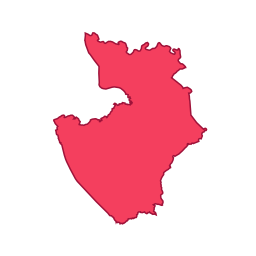 Mamprugu Moagduri, Northern, Ghana (Robinson projection), rotated 291°
{"feature_id": "2480657B18075285363234", "entity_name": "Mamprugu Moagduri", "entity_type": "district", "adm_level": 2, "iso_a3": "GHA", "parent_name": "Ghana", "parent_adm1": "Northern", "projection": "robinson", "projection_center": [-1.366, 10.258], "detail": "fine", "context": "isolated", "style": "filled", "palette": "rose", "viewbox_px": 256, "rotation_deg": 291, "n_neighbors": 0, "source": "geoboundaries", "source_scale": "gbopen_adm2", "svg_char_len": 5874}
<svg xmlns="http://www.w3.org/2000/svg" viewBox="0 0 256 256"><g transform="rotate(291 128 128)"><path d="M57.0,185.4L58.5,184.4L59.2,183.1L59.3,181.8L61.8,181.5L62.9,180.9L64.2,181.2L65.1,181.1L65.4,180.7L65.2,179.6L65.4,179.1L67.1,180.7L67.4,183.1L67.8,184.0L67.8,186.8L68.0,187.5L68.5,187.8L69.4,187.1L70.6,187.5L72.3,186.8L73.6,184.8L74.4,183.8L76.6,182.7L77.2,182.6L79.2,183.8L80.0,183.7L81.2,182.9L82.6,181.3L84.4,180.8L85.2,179.8L86.7,179.4L87.6,178.5L89.2,178.3L90.0,177.5L90.6,177.2L93.4,177.2L95.9,177.6L97.2,178.0L99.2,177.3L102.1,179.0L103.8,180.4L105.2,181.0L106.2,181.9L106.8,181.1L107.1,181.4L107.5,181.2L107.8,180.3L109.7,180.6L111.2,181.3L114.2,181.5L116.5,181.1L116.9,180.3L117.1,180.1L118.0,180.1L118.4,180.3L118.7,181.0L118.4,181.9L122.1,184.9L126.3,187.0L130.5,188.7L131.2,189.2L133.5,189.9L134.0,189.2L134.6,189.2L134.9,189.5L135.0,190.0L134.6,190.4L135.7,192.9L136.6,193.0L137.1,194.1L136.9,194.5L140.9,198.9L142.0,198.1L143.2,198.1L144.0,199.0L144.1,200.2L147.3,200.2L148.4,199.2L149.7,198.9L151.2,199.7L151.6,200.4L153.2,200.5L153.2,201.0L153.5,201.6L154.0,201.9L154.9,201.8L155.4,201.0L155.4,200.2L154.6,199.3L153.9,198.9L157.6,190.1L162.6,182.1L175.3,176.1L177.1,175.0L179.8,173.8L182.3,172.2L182.6,173.1L183.3,173.7L184.9,174.4L186.1,173.5L186.8,171.7L187.3,168.8L186.0,166.7L184.7,165.3L185.5,164.7L186.9,162.2L190.5,150.7L191.5,151.1L192.8,150.9L194.1,151.5L195.0,151.5L195.7,152.2L197.4,153.2L198.6,153.5L200.1,154.6L201.2,155.0L201.8,155.6L202.5,157.5L204.0,159.0L204.4,159.0L204.6,159.5L205.0,159.6L205.2,160.1L205.8,159.6L206.9,157.2L207.3,155.9L206.9,154.0L208.5,151.0L209.3,150.5L210.7,150.8L212.4,151.7L213.2,151.7L216.2,149.9L218.8,148.8L220.2,147.4L220.3,146.9L220.2,146.6L218.9,146.6L218.4,145.9L218.2,144.8L218.3,143.0L217.8,142.1L217.1,141.9L216.5,142.1L215.9,143.3L216.0,143.7L215.2,145.0L214.0,145.2L213.4,144.7L213.4,142.2L213.5,141.0L214.4,139.3L217.8,139.4L218.8,137.6L218.7,134.7L218.3,133.9L217.2,132.7L217.1,131.4L217.2,129.9L218.6,127.6L218.9,126.9L218.8,126.4L217.8,125.7L214.4,125.6L212.4,124.7L211.8,124.2L211.1,122.5L208.8,120.8L208.2,119.9L207.9,116.7L208.4,115.7L209.0,115.5L209.8,115.8L211.4,117.0L212.4,117.2L213.8,117.1L214.2,116.7L214.8,115.5L213.6,114.0L211.7,113.1L211.1,112.4L209.5,111.4L206.9,112.0L204.6,111.8L203.9,111.1L203.6,110.4L203.7,109.4L204.0,108.4L203.8,106.7L203.4,106.0L202.3,105.7L200.9,105.8L198.2,104.6L197.5,103.9L197.1,103.0L197.0,102.2L197.4,101.6L197.7,100.1L198.0,99.5L198.5,99.1L200.1,99.5L202.5,99.0L203.0,97.7L204.3,97.0L205.9,95.6L206.3,94.8L206.3,92.2L206.6,91.2L206.4,90.1L206.1,89.7L205.5,89.0L204.4,88.2L203.5,88.6L203.3,89.3L202.9,89.5L202.6,89.3L202.2,86.2L202.8,82.8L202.6,80.6L201.8,78.7L199.6,77.0L199.0,76.7L198.8,76.1L199.0,75.2L199.8,74.3L199.8,73.7L198.2,71.5L198.3,68.9L198.9,68.1L200.6,69.0L203.4,66.5L203.9,65.7L203.9,64.9L204.6,62.8L204.6,62.1L204.1,61.0L201.9,61.0L201.1,60.4L200.9,60.0L200.7,59.2L201.2,57.2L201.3,54.1L199.3,55.0L194.1,56.4L193.6,57.1L193.2,57.1L190.6,58.7L184.1,64.4L183.0,66.5L179.3,72.0L175.1,78.9L168.6,81.2L160.4,84.8L157.9,85.5L156.5,87.0L155.8,89.3L155.9,90.8L156.5,93.4L160.5,98.7L161.5,100.6L162.5,105.3L162.4,107.1L161.4,110.3L160.5,112.1L159.5,113.4L158.9,113.6L158.7,113.9L159.0,114.7L159.1,116.2L157.6,116.5L156.5,117.1L156.5,117.5L157.6,118.5L157.6,118.9L156.8,119.2L156.4,119.7L155.4,118.8L154.6,119.0L153.9,119.7L154.2,121.0L153.8,121.7L153.6,120.8L152.3,120.7L152.0,121.2L152.2,121.7L153.0,121.8L153.3,122.2L153.0,122.6L152.6,122.4L152.1,122.8L151.8,122.6L152.0,122.0L151.9,121.6L151.6,121.5L150.5,121.8L150.3,120.5L149.7,119.3L150.0,118.4L149.5,118.0L149.4,116.8L150.2,116.3L149.7,113.7L148.7,113.8L148.7,113.4L147.7,112.3L147.4,111.2L147.0,111.1L146.8,111.4L146.3,111.3L145.4,110.1L146.1,108.8L146.4,107.3L146.2,106.6L145.1,106.2L145.0,106.9L145.4,107.3L145.4,107.7L145.0,108.0L141.8,107.5L141.6,107.7L141.1,107.5L140.5,106.4L140.0,106.3L139.2,106.8L138.1,106.9L137.2,106.3L134.1,105.9L133.6,105.2L133.0,104.9L131.2,104.9L130.1,104.5L130.1,104.2L130.8,103.9L130.9,103.3L130.5,101.9L129.2,101.4L127.3,99.5L127.0,99.4L126.5,99.6L126.2,100.6L125.8,100.9L125.5,100.8L125.2,99.9L124.0,99.7L123.8,99.1L125.1,98.6L125.4,98.0L124.8,97.0L125.0,96.3L125.1,94.7L124.4,93.2L123.4,91.4L122.1,90.1L121.5,90.3L119.8,90.0L117.0,88.7L116.0,87.0L114.7,85.9L114.6,84.7L114.1,83.7L113.7,81.2L114.0,81.0L115.5,81.2L116.9,81.0L117.3,79.9L118.8,78.5L119.6,75.8L119.0,75.3L118.4,75.5L117.5,75.2L117.1,74.1L117.8,74.4L119.3,73.6L120.0,71.6L119.5,70.1L118.4,68.9L117.8,67.8L115.7,66.0L115.0,64.9L115.0,64.7L116.4,64.6L116.7,64.3L117.0,63.5L116.8,62.9L115.8,61.6L114.3,60.8L113.8,60.1L111.5,58.8L109.2,56.0L108.8,55.9L108.1,56.2L107.6,57.0L106.3,58.2L105.7,59.1L104.4,61.9L103.8,61.6L102.5,61.7L101.8,62.4L101.3,62.6L100.0,61.3L98.8,62.2L96.8,63.3L96.3,63.8L96.3,64.8L96.0,65.3L95.2,65.7L94.2,66.5L93.5,66.5L93.3,66.9L92.3,67.6L90.9,69.0L90.3,69.2L89.9,69.7L90.0,70.1L89.8,70.0L89.2,70.6L89.0,71.2L89.1,71.4L88.5,72.3L80.0,78.2L76.5,81.0L74.5,82.9L68.9,88.9L61.8,97.1L60.0,99.8L47.9,124.7L41.3,139.8L40.1,141.7L39.7,142.6L40.2,144.1L39.5,145.2L39.6,145.7L38.9,146.8L38.9,147.2L38.3,147.4L37.8,148.0L37.0,149.1L36.8,150.0L35.9,150.6L36.0,150.6L35.8,150.9L36.2,151.1L36.2,151.7L36.0,151.8L36.0,152.2L36.4,152.4L36.7,153.8L36.7,154.2L35.7,154.9L36.8,156.4L36.9,156.9L36.6,157.2L36.8,157.5L37.5,157.8L37.6,158.3L39.3,159.4L40.6,159.8L40.8,160.4L41.7,160.5L42.2,161.0L43.0,160.7L43.5,161.0L43.6,161.8L44.3,162.6L44.4,163.8L45.4,164.2L45.2,164.8L45.5,165.6L45.9,166.0L46.4,165.9L47.5,167.8L49.2,167.8L50.1,167.2L50.8,167.8L51.4,167.9L52.6,167.5L53.4,168.0L54.2,169.6L53.7,169.9L54.1,171.7L55.6,173.6L55.2,174.0L54.9,174.9L54.8,176.3L55.2,176.6L56.3,177.0L56.5,178.0L57.3,178.2L56.6,179.8L56.7,180.3L56.4,181.0L56.6,181.4L56.3,182.0L57.0,183.4L57.3,183.5L57.3,183.9L57.5,184.1L57.1,184.3L57.0,185.4Z" fill="#f43f5e" stroke="#9f1239" stroke-width="1.5"/></g></svg>